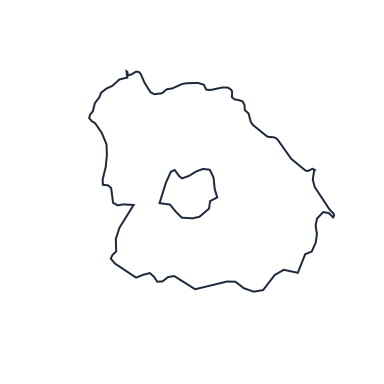 map outline of Baranya (Albers equal-area conic projection), rotated 219°
{"feature_id": "HUN-3155", "entity_name": "Baranya", "entity_type": "County", "adm_level": 1, "iso_a3": "HUN", "parent_name": "Hungary", "parent_adm1": "", "projection": "albers", "projection_center": [18.29, 46.076], "detail": "fine", "context": "isolated", "style": "outline", "palette": "slate", "viewbox_px": 384, "rotation_deg": 219, "n_neighbors": 0, "source": "natural_earth", "source_scale": "10m", "svg_char_len": 1762}
<svg xmlns="http://www.w3.org/2000/svg" viewBox="0 0 384 384"><g transform="rotate(219 192 192)"><path d="M110.3,286.4L110.3,285.1L106.0,277.7L99.8,273.1L73.5,264.8L68.6,264.4L66.8,263.2L66.4,261.1L72.3,261.7L77.4,259.0L78.1,250.0L74.7,243.6L68.5,238.0L64.0,230.5L61.5,221.1L64.9,214.9L58.9,195.8L71.7,189.3L75.5,179.6L75.0,160.5L81.3,153.4L91.3,149.8L101.8,149.6L108.5,144.4L128.4,118.4L152.9,115.5L157.1,110.8L158.6,104.0L162.6,100.4L168.1,102.2L173.7,102.5L177.8,97.0L181.5,90.3L206.7,87.9L213.2,89.1L214.2,93.1L213.5,98.1L221.7,107.6L225.9,118.6L229.2,145.2L237.6,139.1L241.3,134.9L246.5,133.9L257.3,144.2L261.5,144.3L265.8,141.5L269.3,145.5L274.9,157.3L281.5,167.3L288.4,175.2L299.2,181.1L310.6,184.5L314.6,184.0L318.4,184.7L319.9,188.0L319.8,192.3L323.4,199.9L323.6,207.3L325.1,211.9L323.6,218.5L320.7,224.4L319.2,233.9L314.3,240.2L318.9,244.6L317.9,244.7L315.1,242.2L312.9,245.5L312.0,248.4L311.1,250.5L308.8,251.8L306.2,251.5L297.6,247.0L286.9,243.4L282.9,244.3L278.0,249.2L277.2,250.7L276.6,254.5L276.0,256.4L275.7,256.5L272.5,260.1L267.8,269.4L265.2,272.6L255.9,280.6L250.2,282.8L245.4,280.5L241.8,282.9L234.3,292.2L230.2,295.5L228.6,295.9L227.2,296.1L225.7,295.9L224.3,295.5L224.2,295.5L220.6,290.8L217.1,290.8L213.6,292.8L209.8,294.2L206.1,292.8L202.4,288.8L197.5,288.7L190.8,283.7L186.8,282.4L169.0,282.4L167.1,283.0L163.3,285.7L161.0,286.6L158.5,286.6L135.7,280.2L120.8,280.1L117.2,280.1L115.2,281.2L114.1,283.6L112.9,285.9L110.3,286.4ZM219.3,198.2L221.2,194.5L218.0,182.4L210.2,162.9L201.2,168.4L192.8,166.6L183.8,165.6L175.1,171.8L170.6,177.4L168.3,189.8L172.2,196.3L169.0,203.7L176.0,208.4L184.4,216.8L192.2,220.5L198.0,216.8L201.8,210.3L204.4,202.8L208.3,196.3L212.2,196.3L219.3,198.2Z" fill="none" stroke="#1e293b" stroke-width="2"/></g></svg>